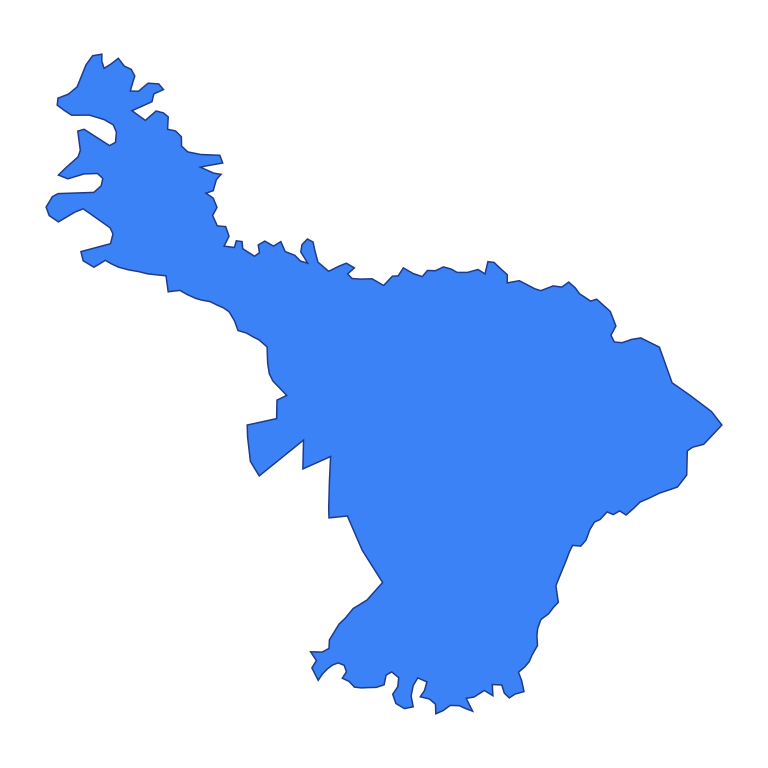 outline of Sarandi, Rio Grande do Sul, Brazil
{"feature_id": "56859067B70235008034954", "entity_name": "Sarandi", "entity_type": "district", "adm_level": 2, "iso_a3": "BRA", "parent_name": "Brazil", "parent_adm1": "Rio Grande do Sul", "projection": "robinson", "projection_center": [-52.934, -27.931], "detail": "fine", "context": "isolated", "style": "filled", "palette": "blue", "viewbox_px": 768, "rotation_deg": 0, "n_neighbors": 0, "source": "geoboundaries", "source_scale": "gbopen_adm2", "svg_char_len": 3538}
<svg xmlns="http://www.w3.org/2000/svg" viewBox="0 0 768 768"><path d="M472.6,711.2L466.2,698.3L473.9,697.1L484.3,690.5L492.9,695.7L492.3,684.5L501.8,685.0L504.3,693.1L509.3,697.9L515.0,694.1L524.0,691.6L521.7,680.8L518.5,672.2L524.7,667.0L529.1,661.8L532.0,655.1L537.5,645.5L536.9,635.8L537.6,628.7L540.9,619.5L548.6,613.8L553.7,607.1L558.3,602.4L555.9,585.6L566.8,558.8L569.3,552.1L572.5,545.4L580.8,546.1L586.1,539.9L589.9,529.5L594.4,522.1L600.1,519.5L607.1,511.9L613.2,514.6L619.7,510.9L626.1,515.0L633.7,508.3L640.1,502.0L649.0,498.2L659.0,493.3L677.5,487.0L686.7,475.1L687.3,450.9L692.6,447.2L703.7,444.3L721.9,425.0L711.4,411.5L689.8,395.2L682.0,389.7L672.1,382.8L659.4,347.2L640.8,337.9L631.6,339.4L622.1,342.7L614.4,342.0L610.9,335.3L615.9,326.0L610.3,311.5L596.7,299.2L590.6,301.1L579.5,293.7L575.2,287.8L568.7,282.1L561.8,287.1L553.2,285.9L540.8,290.7L534.9,288.8L519.3,280.7L507.2,282.9L507.3,274.7L500.3,268.4L494.0,262.4L487.9,261.7L485.0,273.9L478.0,269.5L467.6,272.4L457.1,272.4L451.3,269.1L443.4,266.9L435.6,270.7L427.4,270.5L422.3,276.6L413.3,273.6L403.3,267.9L398.2,275.9L392.4,276.2L383.6,285.5L372.1,278.8L360.1,279.1L352.1,278.5L347.6,274.0L354.4,267.9L346.4,263.2L338.9,266.2L328.7,271.3L317.9,262.1L315.0,251.0L313.0,242.0L307.4,239.0L302.0,244.6L300.8,252.0L307.7,263.2L300.4,261.0L294.8,255.3L285.2,251.6L280.8,241.6L273.5,246.1L264.8,241.1L258.2,245.0L259.5,252.7L254.5,256.2L242.7,248.7L242.1,241.6L236.3,240.8L234.4,247.5L224.1,246.1L229.0,236.3L225.7,226.6L217.3,225.9L212.6,215.5L217.0,207.4L213.2,198.1L205.9,193.2L213.2,190.7L216.4,179.5L221.1,174.3L213.8,173.2L200.4,167.2L206.9,165.8L222.7,163.0L219.8,155.3L200.8,154.5L187.8,151.9L181.5,146.1L181.4,136.8L175.5,130.9L167.6,129.3L168.2,116.9L163.4,112.9L156.1,111.0L145.3,120.4L132.0,110.7L152.0,101.7L153.8,93.9L163.5,89.6L158.7,83.9L148.1,83.2L138.4,91.3L130.3,91.0L132.6,82.9L134.8,76.1L131.3,69.4L124.3,66.1L118.3,58.3L110.7,64.2L104.1,68.3L101.8,61.2L101.9,54.2L92.6,55.7L86.0,64.9L77.1,86.9L68.5,94.1L58.0,98.1L57.2,105.2L64.1,110.3L71.6,115.2L89.4,115.1L104.4,119.7L113.3,124.9L116.4,132.2L115.5,142.3L109.5,145.6L84.1,129.3L77.8,131.1L80.3,150.4L78.1,156.8L66.1,167.5L58.4,175.1L67.9,178.8L84.1,173.9L97.5,173.5L102.8,178.4L101.2,185.8L93.9,192.4L58.1,193.6L52.4,196.6L46.1,207.1L49.2,215.6L58.4,221.9L74.9,212.1L83.2,208.8L110.1,227.8L113.0,233.9L110.5,243.7L80.9,251.6L83.2,260.8L93.9,267.2L99.6,263.9L105.3,260.3L111.5,263.9L118.6,267.2L128.3,269.8L139.0,271.7L147.9,273.9L166.0,275.8L168.2,291.8L174.1,291.0L179.9,290.4L187.5,294.7L196.0,298.5L202.2,300.2L210.0,301.6L217.4,305.2L223.4,307.8L229.1,311.8L234.5,320.8L238.0,330.5L246.6,333.1L252.9,336.8L258.9,339.8L267.1,346.9L267.4,356.5L267.7,363.6L269.3,373.7L272.9,381.0L281.0,389.5L286.7,395.4L277.0,400.1L276.6,418.6L247.2,425.0L247.6,437.2L250.4,461.4L259.2,475.9L303.5,440.1L302.9,468.9L330.6,456.5L329.4,481.8L328.7,509.1L329.0,517.9L347.4,516.0L362.2,550.2L382.6,582.5L367.0,600.0L353.1,608.6L345.4,618.0L339.1,624.0L329.4,639.9L329.0,648.4L322.1,652.1L310.6,651.8L316.4,660.6L311.9,667.9L318.2,680.3L322.6,673.8L327.4,668.9L332.4,665.1L338.1,662.9L344.2,665.3L346.4,671.8L342.3,678.2L349.2,681.5L354.4,687.1L361.4,687.9L367.9,687.6L376.3,687.4L384.1,684.8L386.1,675.1L391.7,671.9L398.7,677.7L397.8,686.7L392.7,694.2L395.9,703.5L404.5,708.6L413.2,706.8L411.1,696.0L413.2,685.5L417.8,677.9L426.9,681.9L424.5,690.5L420.3,696.8L429.4,699.0L435.5,704.2L435.8,713.8L443.1,710.6L450.2,705.4L459.3,705.7L465.9,708.7L472.6,711.2Z" fill="#3b82f6" stroke="#1e3a8a" stroke-width="1.5"/></svg>